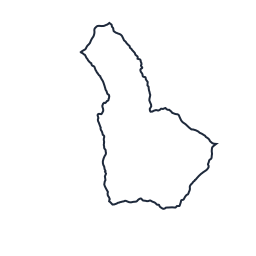 Naja, Paro, Bhutan (Mercator projection), rotated 220°
{"feature_id": "84629894B48616572457090", "entity_name": "Naja", "entity_type": "district", "adm_level": 2, "iso_a3": "BTN", "parent_name": "Bhutan", "parent_adm1": "Paro", "projection": "mercator", "projection_center": [89.419, 27.254], "detail": "fine", "context": "isolated", "style": "outline", "palette": "slate", "viewbox_px": 256, "rotation_deg": 220, "n_neighbors": 0, "source": "geoboundaries", "source_scale": "gbopen_adm2", "svg_char_len": 5873}
<svg xmlns="http://www.w3.org/2000/svg" viewBox="0 0 256 256"><g transform="rotate(220 128 128)"><path d="M212.9,155.8L212.3,155.7L211.9,155.9L211.6,155.9L211.2,156.1L208.8,156.1L208.3,156.3L207.9,156.3L206.4,155.7L205.4,155.2L205.0,155.1L204.5,154.9L203.2,154.7L202.6,154.4L201.9,154.1L201.1,154.1L200.7,153.9L200.1,153.9L199.1,153.8L198.7,153.8L197.8,154.0L196.6,153.1L195.9,152.9L195.2,152.8L194.7,153.1L193.8,153.3L193.2,153.3L191.7,152.5L190.2,151.6L188.9,151.2L188.0,150.8L187.3,150.5L186.5,150.5L186.1,150.3L184.3,149.8L182.4,149.8L181.8,149.2L181.0,149.0L180.1,148.7L179.6,148.4L178.1,148.0L176.9,147.5L175.5,146.7L172.6,144.9L171.8,144.3L170.9,143.8L170.5,143.4L169.6,142.9L169.0,142.6L168.6,142.6L167.9,142.3L166.9,141.6L165.9,141.0L165.4,140.9L164.9,140.9L164.5,141.1L164.1,141.1L163.6,140.9L162.7,140.2L162.6,139.8L162.2,139.4L161.8,138.7L161.6,138.2L161.6,137.8L161.3,137.5L160.9,136.7L161.0,135.8L161.5,134.9L161.3,133.4L161.6,132.4L162.5,132.0L162.6,131.4L162.7,130.6L161.9,128.4L160.8,127.5L159.9,127.0L159.1,126.4L158.0,125.2L157.5,123.2L157.3,121.8L157.5,121.3L158.3,120.9L159.4,120.1L159.8,119.4L159.6,118.3L157.1,116.6L156.8,115.6L156.6,115.2L155.7,114.3L154.9,113.8L154.1,113.5L150.1,111.2L149.2,110.8L148.9,110.2L148.0,109.4L147.3,109.0L145.9,108.6L144.4,107.7L143.0,106.6L142.0,106.7L141.1,106.5L140.5,105.9L140.3,105.6L139.8,104.5L138.9,103.3L138.4,102.9L137.2,101.9L137.0,101.3L136.4,100.7L136.1,100.2L135.9,99.8L135.7,99.5L135.2,99.1L134.6,98.7L133.8,97.8L133.3,97.4L132.9,97.1L131.2,96.8L130.7,96.4L130.2,95.9L129.6,95.3L128.9,94.8L128.5,94.2L128.1,93.4L127.8,91.2L127.0,88.7L126.7,88.2L126.4,87.4L125.9,86.4L125.5,85.9L124.5,84.8L123.1,83.8L121.8,83.3L121.4,83.1L119.9,81.8L119.4,81.4L117.6,80.6L117.3,80.1L117.4,79.7L115.5,78.9L115.0,77.4L114.7,76.2L111.8,73.6L111.4,72.0L109.9,69.5L108.3,68.5L105.5,67.3L102.3,66.1L101.4,64.5L100.0,63.3L98.0,62.7L96.3,61.8L96.2,61.2L95.3,59.7L94.6,59.8L93.0,59.7L90.7,59.4L89.5,60.5L88.1,62.8L87.8,63.8L87.6,64.3L86.9,65.1L86.4,66.1L85.6,67.1L85.2,67.8L84.4,68.7L84.1,69.1L83.5,70.3L82.8,70.8L79.7,71.8L78.8,72.3L77.8,73.1L76.5,74.8L74.9,76.4L74.5,76.9L74.3,77.2L74.1,78.0L74.1,79.0L74.0,79.8L73.7,80.9L73.3,81.7L72.9,82.2L72.4,82.4L70.5,82.1L70.0,82.1L69.6,82.3L67.6,83.6L66.5,84.1L65.7,84.8L65.3,85.4L64.8,86.3L64.5,86.7L63.6,87.0L62.2,87.2L60.4,87.8L60.0,88.0L59.2,88.1L58.5,88.1L56.8,87.9L56.0,88.2L55.2,88.9L54.7,89.0L53.6,88.4L53.2,88.3L52.9,88.2L51.0,88.3L50.3,88.4L49.1,88.7L48.8,89.0L48.4,89.5L48.1,89.9L48.0,90.3L47.7,91.5L47.0,92.1L46.1,92.9L44.4,94.5L43.1,95.7L41.1,97.1L40.5,97.6L40.4,97.9L40.4,99.5L40.2,99.8L38.9,100.9L38.6,101.2L38.5,101.6L38.7,102.2L39.7,104.7L39.9,105.1L40.6,106.5L40.7,106.9L40.5,107.4L39.7,108.4L39.5,108.8L39.5,109.3L40.0,111.7L40.1,112.5L40.1,113.8L40.1,114.2L40.0,114.6L39.5,115.6L39.5,116.0L39.6,116.4L39.7,116.9L40.0,117.5L40.3,118.4L40.4,118.9L40.9,120.3L41.4,121.1L42.8,122.6L43.0,122.9L43.3,123.6L43.5,125.3L43.3,126.5L43.3,127.3L43.4,128.0L43.4,128.8L43.3,129.6L43.1,130.1L43.1,130.5L43.3,131.3L43.0,132.0L43.0,134.3L42.9,136.9L42.5,140.2L42.2,141.1L42.0,142.3L41.0,145.7L40.8,146.9L40.8,147.8L40.9,148.9L41.0,149.6L41.4,150.1L41.6,150.5L42.0,150.9L43.2,151.4L43.5,151.7L44.2,153.8L44.4,154.1L44.8,155.0L45.0,155.5L45.0,156.2L44.6,157.7L44.6,158.1L44.8,158.8L45.1,159.3L46.1,160.7L46.7,161.7L47.0,162.2L48.8,163.9L49.9,165.3L50.4,166.1L50.8,166.7L51.1,167.8L50.9,169.3L50.5,171.2L50.2,172.5L51.6,171.5L52.8,170.9L53.7,170.6L54.6,170.6L56.2,170.6L56.6,170.7L57.2,170.8L58.2,171.3L58.6,171.4L59.9,171.5L61.3,171.4L62.7,171.2L63.6,171.5L64.1,171.6L65.8,171.3L66.9,171.2L68.0,171.0L70.1,170.4L71.7,170.5L72.7,170.3L74.7,169.8L77.2,168.7L77.6,168.4L78.5,167.7L81.6,167.6L82.9,167.7L86.4,167.9L89.6,167.6L90.9,167.7L92.4,168.1L95.6,169.6L97.1,170.4L97.6,170.5L98.1,170.5L98.8,170.4L100.1,169.5L100.5,169.3L101.6,168.8L102.7,168.5L103.6,168.1L104.5,168.1L105.1,168.4L106.7,168.4L108.2,168.4L108.9,167.7L109.8,167.3L111.2,167.2L112.1,167.4L112.7,166.6L113.1,165.7L113.5,165.0L114.6,164.4L115.1,163.9L115.2,162.7L115.8,161.2L116.2,160.7L117.5,160.1L118.1,159.7L118.7,158.8L119.3,157.9L119.7,156.9L119.8,156.4L120.2,156.0L121.2,155.0L122.2,155.3L122.9,155.9L123.6,156.6L124.1,159.5L125.4,160.8L126.9,161.5L129.3,162.8L130.2,163.9L131.8,167.0L132.3,167.7L133.6,168.5L134.5,169.3L136.2,170.4L137.8,171.8L138.6,172.7L139.1,172.9L140.4,173.1L140.7,173.4L142.5,175.9L144.9,176.5L145.7,176.8L146.5,177.6L147.1,178.0L147.6,178.0L148.0,177.8L149.0,177.2L149.5,177.1L150.0,177.2L150.5,177.5L151.0,178.1L151.7,178.5L152.1,178.8L153.0,179.0L154.3,179.3L155.4,180.0L155.9,180.5L156.1,181.0L156.1,181.5L155.9,182.3L155.7,183.0L155.8,183.3L156.2,183.6L157.3,183.7L158.2,184.2L158.4,184.5L158.5,185.3L159.4,186.3L160.0,186.6L161.0,187.1L161.7,187.8L162.2,188.1L162.6,188.2L163.0,188.2L164.5,187.5L165.2,187.2L165.5,187.5L165.8,188.1L166.1,188.5L166.5,188.8L166.9,188.9L168.0,188.9L169.4,188.9L169.8,189.1L170.4,189.5L171.2,189.9L174.2,190.3L174.7,190.3L176.3,190.8L177.7,190.7L178.2,190.8L179.1,191.6L179.5,191.8L180.1,191.9L180.4,191.8L181.0,191.8L182.1,191.9L182.5,192.0L183.3,192.0L184.7,192.4L185.2,192.6L185.6,192.6L187.4,192.6L188.8,193.3L189.3,193.6L189.7,193.7L190.8,194.2L191.7,194.6L192.8,194.8L193.6,194.8L194.7,194.6L195.3,194.4L195.9,194.1L197.3,193.7L198.7,193.2L201.2,193.0L202.8,194.2L203.3,194.8L203.6,194.9L204.0,195.1L205.1,195.2L205.7,195.5L206.7,196.4L207.1,196.6L207.7,196.6L208.3,196.5L209.8,196.5L210.1,194.9L210.4,193.8L210.9,193.1L211.2,192.4L212.1,190.7L213.0,189.8L213.8,189.1L215.5,187.9L216.2,187.3L217.0,186.4L217.3,185.4L217.4,184.2L217.5,183.3L217.3,182.3L216.7,181.3L215.4,180.0L214.7,179.0L214.3,178.3L213.7,177.0L213.3,175.7L213.2,174.2L212.9,172.3L212.5,170.8L211.8,168.6L211.8,166.6L212.0,165.3L211.9,164.1L211.6,162.5L211.4,162.0L211.3,161.2L211.4,160.5L212.0,159.0L212.6,157.2L212.9,155.8Z" fill="none" stroke="#1e293b" stroke-width="2"/></g></svg>